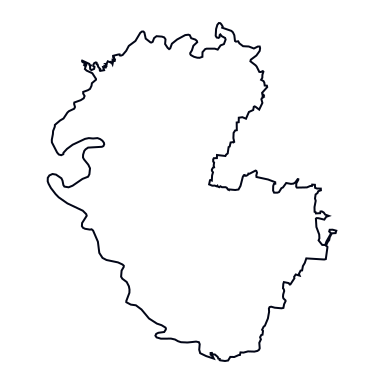 outline of Gopalganj, Dhaka, Bangladesh
{"feature_id": "16705992B87804307332289", "entity_name": "Gopalganj", "entity_type": "district", "adm_level": 2, "iso_a3": "BGD", "parent_name": "Bangladesh", "parent_adm1": "Dhaka", "projection": "orthographic", "projection_center": [89.898, 23.107], "detail": "fine", "context": "isolated", "style": "outline", "palette": "ink", "viewbox_px": 384, "rotation_deg": 0, "n_neighbors": 0, "source": "geoboundaries", "source_scale": "gbopen_adm2", "svg_char_len": 5847}
<svg xmlns="http://www.w3.org/2000/svg" viewBox="0 0 384 384"><path d="M213.8,358.6L212.6,356.2L210.6,354.6L210.6,353.0L211.9,352.9L212.6,354.4L214.9,354.5L217.7,356.9L218.3,358.6L219.7,358.9L219.6,360.0L220.0,360.3L225.0,361.0L228.1,360.5L230.3,356.9L234.3,357.0L238.6,355.1L239.9,355.0L240.5,352.4L243.5,352.6L248.0,351.4L254.4,351.6L257.5,350.9L259.1,349.7L259.7,348.3L259.3,342.8L260.9,339.4L260.1,337.2L261.3,335.0L262.5,334.7L263.0,330.9L262.1,329.8L263.7,326.6L264.9,325.7L267.9,318.5L269.1,311.8L268.9,308.5L269.6,307.1L271.1,306.7L274.8,307.7L281.6,308.3L283.4,307.9L284.1,304.2L285.6,301.1L285.5,300.4L283.4,298.4L283.0,296.8L283.2,294.4L284.2,291.0L283.8,289.3L283.0,288.3L283.3,284.0L283.9,282.1L288.7,283.1L289.7,284.5L290.4,284.4L294.4,278.3L294.1,276.9L295.7,274.5L299.6,275.6L298.9,273.9L300.6,270.6L302.1,270.4L302.9,266.1L304.8,262.9L306.3,258.4L324.3,259.5L325.8,259.1L327.4,247.6L327.4,246.8L326.0,245.7L327.5,242.3L329.2,240.0L329.7,237.3L331.3,234.2L332.2,233.3L335.6,233.1L336.3,230.7L332.6,229.7L329.7,229.8L329.2,231.5L330.7,232.9L330.6,234.2L326.5,241.4L325.2,245.0L322.2,244.9L318.6,240.4L319.4,238.3L319.2,234.5L316.4,227.0L315.9,218.6L316.6,218.1L318.5,218.2L324.3,219.6L326.2,216.8L328.8,215.9L325.2,214.6L323.7,212.5L321.8,211.4L320.5,211.5L320.1,213.2L315.9,213.4L315.6,212.2L314.6,211.8L314.5,207.1L315.7,200.8L315.0,198.5L315.6,194.5L317.5,193.0L318.3,191.2L320.9,190.3L320.8,188.6L316.8,188.5L315.1,187.8L314.9,184.8L312.2,184.6L312.0,185.9L310.2,186.0L306.9,187.4L296.9,187.6L296.2,186.7L296.3,183.4L298.3,179.8L298.3,179.2L297.7,179.1L295.3,182.4L293.5,183.6L291.0,183.9L286.2,183.0L283.0,187.4L281.4,188.2L279.0,192.1L277.3,192.7L274.1,192.7L273.1,190.6L273.2,186.0L273.9,184.0L275.3,183.7L275.2,182.2L268.1,179.5L256.5,177.0L256.3,175.4L257.0,172.7L256.3,170.9L255.5,170.6L249.4,173.8L248.4,173.6L247.9,174.8L246.5,175.7L245.1,175.8L244.7,175.0L243.8,175.2L242.8,176.9L240.5,185.9L238.5,189.5L235.2,190.0L228.8,189.4L228.8,189.9L227.9,189.5L226.8,187.8L225.6,187.2L222.0,187.2L220.4,186.3L219.3,187.2L217.7,186.5L217.4,185.7L216.6,186.3L214.7,185.6L212.3,185.7L209.1,184.4L210.0,180.2L210.7,180.0L211.8,180.5L212.1,175.4L213.0,172.3L211.9,170.7L211.9,169.5L213.1,167.5L214.1,167.3L213.7,165.4L214.1,162.5L213.2,161.6L213.2,159.4L213.8,158.2L216.9,158.1L217.0,155.0L225.4,156.0L226.1,154.7L227.7,153.4L228.6,147.1L229.7,146.5L230.6,142.5L232.9,142.1L233.5,142.4L234.2,141.9L233.4,138.1L233.6,132.9L235.1,130.5L236.8,130.2L236.7,122.5L238.7,122.2L238.8,117.7L242.4,117.2L246.0,118.7L248.9,112.0L253.2,110.0L253.8,106.8L254.6,106.4L255.5,106.8L259.2,109.6L262.4,102.9L261.4,99.2L261.8,98.3L263.4,97.2L262.6,96.8L262.6,95.5L263.4,96.4L264.0,95.8L263.5,94.7L262.3,94.1L262.1,92.8L267.2,87.1L266.9,85.7L264.7,85.5L264.3,82.6L263.5,81.1L261.1,79.8L262.3,77.8L262.4,74.8L263.4,71.7L262.8,71.1L260.9,72.0L259.3,71.9L256.7,66.6L255.6,65.3L250.4,61.3L250.8,59.7L256.4,55.5L259.7,50.9L260.1,48.1L259.7,46.5L257.9,46.5L253.9,48.5L248.8,46.5L243.1,46.2L239.4,43.4L238.2,41.3L235.9,41.6L235.0,41.0L234.3,35.2L232.9,32.3L231.4,30.9L222.2,27.7L222.7,26.6L221.4,24.4L220.3,23.2L218.9,23.0L217.4,24.7L216.1,29.0L215.7,35.8L216.7,37.5L218.6,37.9L219.5,37.1L219.7,35.0L220.3,34.4L221.8,36.2L225.1,38.0L225.6,39.6L223.9,44.1L220.6,45.4L217.7,49.6L214.9,48.7L206.6,48.7L205.2,49.1L202.5,52.2L202.4,56.8L199.6,57.8L197.2,57.7L194.0,56.8L190.9,55.1L190.3,54.2L190.2,53.1L191.9,50.4L193.4,45.7L197.2,42.2L196.9,41.0L195.4,39.6L191.2,38.2L189.8,35.2L188.4,34.7L185.2,35.1L177.1,39.5L171.9,43.7L170.2,48.4L169.1,49.1L167.6,47.8L165.1,44.0L165.5,39.3L164.2,37.4L161.9,36.6L156.5,36.2L154.1,38.1L152.7,41.8L151.5,42.5L150.5,42.4L145.7,38.6L144.4,32.6L143.4,31.5L142.0,31.5L140.3,32.8L135.4,41.0L128.8,45.9L126.2,50.8L122.6,55.0L120.9,55.6L119.8,55.4L119.6,54.4L118.3,54.5L113.1,55.8L113.1,57.0L114.0,57.4L114.0,58.1L115.0,59.5L114.7,61.0L113.9,61.1L113.7,59.4L112.6,59.4L112.5,60.6L113.1,60.2L113.2,60.7L112.5,64.2L111.8,62.7L111.1,62.8L110.5,61.9L109.8,62.1L107.8,61.3L106.6,63.8L105.6,63.9L106.4,64.6L105.6,65.3L106.5,66.1L106.1,66.8L104.7,66.3L105.1,67.4L103.1,67.1L104.1,70.2L100.2,70.9L99.7,69.9L100.2,69.1L98.2,66.8L97.6,64.5L96.7,64.3L96.6,62.7L95.8,62.4L94.3,63.1L93.5,64.5L93.3,66.1L94.5,66.9L94.1,68.9L91.4,70.1L90.2,69.0L90.0,66.7L90.9,65.4L89.4,64.9L89.3,63.9L88.7,63.6L82.2,60.6L82.0,61.0L82.4,61.9L86.4,64.2L86.2,65.1L84.5,64.6L84.1,65.1L85.6,66.5L84.9,69.0L86.6,70.6L92.3,73.2L96.0,78.9L96.0,79.7L91.9,83.2L91.5,85.8L90.0,88.9L87.9,90.2L83.2,91.9L83.2,93.6L84.6,96.0L83.7,98.3L80.7,100.2L74.3,102.5L74.1,103.9L75.0,107.0L74.2,108.7L68.9,111.2L67.4,112.6L63.5,118.5L60.1,120.5L54.9,124.9L54.8,126.7L53.1,131.0L52.9,134.1L51.8,139.8L51.9,142.4L57.1,152.5L58.8,154.5L61.2,155.2L63.3,154.2L63.5,152.7L67.0,148.9L72.7,144.7L85.0,138.9L88.8,138.1L93.1,138.5L97.5,138.1L100.2,139.1L102.4,140.7L103.9,142.7L104.2,144.3L103.4,146.1L101.9,146.8L88.1,147.6L85.6,149.3L84.3,150.9L83.1,154.7L83.0,157.5L84.0,159.4L88.3,164.7L90.0,168.3L89.4,174.2L88.1,176.7L82.5,178.9L72.6,185.7L68.6,187.3L64.4,186.6L63.4,185.1L62.5,180.6L61.4,178.3L56.0,174.6L52.5,174.0L49.4,175.4L47.8,177.8L47.7,181.3L48.6,183.8L50.9,188.0L55.6,194.1L58.7,197.3L67.4,203.4L82.8,210.7L86.2,214.1L86.7,215.8L82.1,223.0L81.9,226.1L83.0,227.8L85.1,228.8L90.0,229.6L91.6,229.3L93.1,230.6L97.9,241.7L99.3,252.9L102.5,257.9L106.5,260.0L118.0,262.4L122.5,264.5L123.8,265.7L123.7,267.0L121.6,270.6L121.1,276.7L122.3,278.7L126.7,282.0L128.9,286.3L129.5,289.6L129.4,292.8L126.3,301.0L126.3,302.2L130.8,304.6L135.9,305.3L141.5,309.5L149.0,318.5L156.9,323.6L161.6,325.2L165.5,327.6L165.9,328.4L165.8,329.5L164.2,332.0L158.3,332.8L156.2,333.9L155.4,335.7L156.6,337.4L161.0,338.7L171.0,338.6L175.0,339.5L178.0,341.2L181.0,342.2L187.5,342.5L196.1,341.6L198.9,342.2L199.7,344.2L199.2,349.7L200.2,353.2L206.2,356.1L213.8,358.6Z" fill="none" stroke="#020617" stroke-width="2"/></svg>